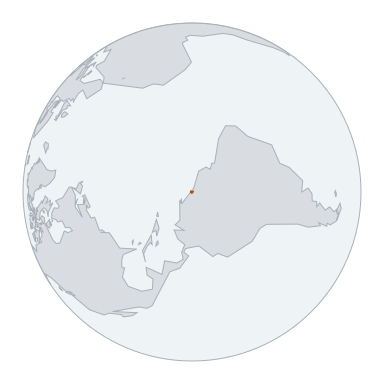 Essequibo Islands-West Demerara highlighted on a globe, orthographic projection, rotated 270°
{"feature_id": "GUY-678", "entity_name": "Essequibo Islands-West Demerara", "entity_type": "Region", "adm_level": 1, "iso_a3": "GUY", "parent_name": "Guyana", "parent_adm1": "", "projection": "orthographic", "projection_center": [-58.442, 6.542], "detail": "fine", "context": "on_globe", "style": "filled", "palette": "amber", "viewbox_px": 384, "rotation_deg": 270, "n_neighbors": 0, "source": "natural_earth", "source_scale": "10m", "svg_char_len": 8445}
<svg xmlns="http://www.w3.org/2000/svg" viewBox="0 0 384 384"><g transform="rotate(270 192 192)"><circle cx="192" cy="192" r="169" fill="#eef3f6" stroke="#a8b0b8"/><path d="M101.9,49.1L102.6,48.7L105.8,46.8L106.1,46.5L118.6,39.8L119.0,39.6L121.7,38.4L121.9,38.3L125.7,36.6L125.4,36.7L129.6,35.0L133.6,33.5L138.5,32.1L132.5,36.8L139.1,36.0L141.9,41.8L145.1,40.2L148.2,42.1L153.0,41.2L152.1,43.0L156.7,40.8L156.6,39.3L158.5,38.0L161.3,37.5L160.8,39.5L159.3,40.1L160.5,40.5L159.0,41.8L161.4,40.9L160.3,43.8L165.5,40.3L168.2,42.1L166.4,44.3L161.1,44.8L143.9,52.9L140.5,56.2L140.9,59.8L153.0,64.3L151.4,68.0L153.3,72.4L156.6,69.7L156.4,65.4L163.1,62.1L162.0,57.8L164.5,56.0L165.6,51.8L171.2,51.8L176.2,54.2L175.6,57.9L177.8,59.3L183.1,55.6L186.5,62.9L196.7,69.0L197.0,71.3L189.0,75.3L177.0,75.2L166.7,82.4L179.3,77.4L179.7,84.0L182.3,85.2L185.7,84.9L187.8,82.3L189.2,84.8L177.2,90.2L175.8,88.0L179.6,86.2L174.0,86.4L165.9,91.1L166.8,94.6L153.7,99.4L154.1,102.2L151.5,105.1L151.7,100.2L151.2,109.4L135.9,119.6L134.9,136.7L129.5,123.3L123.7,121.7L116.4,121.9L116.1,124.6L107.0,122.4L97.7,128.1L92.8,141.7L94.7,152.3L105.0,153.0L108.8,147.1L116.7,146.1L109.6,162.0L123.2,164.6L121.0,176.7L124.7,183.2L131.9,181.7L139.3,184.8L145.0,177.8L154.0,174.1L153.7,184.0L159.1,175.1L163.9,179.9L182.0,179.7L180.5,181.9L195.8,193.7L212.9,198.7L216.9,205.9L214.8,210.4L220.8,211.7L220.9,214.6L245.4,218.6L258.3,225.6L258.0,235.7L247.7,247.6L239.1,271.7L220.7,279.8L216.6,289.2L203.3,302.7L192.0,301.6L195.9,308.2L190.2,312.0L183.1,312.2L182.4,316.7L177.2,316.7L181.1,319.7L173.8,325.2L177.2,329.7L172.2,333.9L174.6,336.5L172.2,336.4L170.1,337.2L170.3,338.6L162.6,336.0L159.1,330.2L160.8,327.3L157.7,326.7L161.2,318.9L158.3,320.5L156.8,308.2L159.9,297.8L159.7,266.5L155.7,260.0L142.7,252.2L126.9,227.6L130.6,217.7L127.4,212.9L138.0,198.9L135.5,185.6L131.9,183.7L128.0,188.6L115.9,179.9L112.2,169.8L78.4,152.2L75.7,147.1L77.0,139.0L72.5,112.6L71.3,137.0L68.3,132.1L67.1,123.3L69.4,121.3L70.8,108.8L69.0,104.1L74.3,89.4L88.9,72.1L88.5,74.8L92.0,70.8L92.8,67.4L92.4,66.2L105.6,52.0L109.8,45.6L105.5,47.3L110.9,44.4L99.2,50.8L101.9,49.1ZM133.3,142.5L149.0,151.2L139.4,152.1L141.4,150.5L137.6,147.0L130.2,143.7L122.0,145.4L133.3,142.5ZM141.9,133.1L139.1,132.4L141.9,132.4L141.9,133.1ZM91.6,66.2L92.4,67.6L90.5,71.6L89.4,70.6L91.6,66.2ZM95.8,59.4L97.1,59.2L93.1,62.9L93.6,61.9L95.8,59.4ZM101.7,49.4L101.6,49.6L100.5,50.1L101.7,49.4ZM162.4,52.1L163.9,52.0L163.0,52.8L162.4,52.1ZM161.4,50.6L159.1,51.7L158.3,51.2L159.7,50.5L161.4,50.6ZM164.4,49.4L157.1,50.1L155.8,49.2L160.0,46.0L164.4,49.4ZM155.3,39.1L155.6,40.6L152.7,40.0L155.3,39.1ZM153.0,39.1L141.4,39.8L142.4,37.7L146.1,37.7L145.3,35.7L151.4,34.2L153.3,35.0L151.4,36.6L155.2,34.9L153.0,39.1ZM159.1,37.4L156.6,37.6L157.3,35.7L162.3,35.0L160.5,35.8L159.1,37.4ZM142.0,36.1L143.4,34.8L148.8,33.1L150.1,32.5L151.7,34.0L142.0,36.1ZM161.8,36.0L164.8,34.8L167.1,35.3L161.5,37.1L161.8,36.0ZM155.4,35.6L156.0,34.7L157.3,34.9L155.4,35.6ZM176.7,37.0L173.8,36.9L173.9,35.9L176.7,37.0ZM165.8,34.3L165.0,34.2L164.7,33.8L167.1,33.2L165.8,34.3ZM155.3,33.0L157.3,32.7L155.0,32.2L158.9,31.2L159.2,32.6L160.7,31.6L161.9,31.3L160.9,32.8L155.3,33.0ZM168.7,31.7L170.5,33.5L175.9,33.7L176.0,34.6L167.3,34.2L168.7,31.7ZM164.2,32.2L167.0,32.0L165.7,33.0L162.9,33.7L164.2,32.2ZM161.4,30.2L155.3,31.3L155.4,31.0L161.4,30.2ZM170.6,31.5L170.1,31.1L171.1,31.4L170.6,31.5ZM164.5,30.3L162.4,30.7L162.6,30.3L164.5,30.3ZM171.0,30.1L171.5,30.6L169.7,31.1L171.0,30.1ZM168.2,30.0L169.0,29.5L168.7,30.9L167.2,30.2L168.2,30.0ZM165.1,29.9L164.5,29.8L166.0,29.8L165.1,29.9ZM177.7,28.5L177.6,30.2L173.5,31.0L174.1,29.2L177.7,28.5ZM175.9,341.2L163.5,336.9L170.3,338.9L173.9,336.9L180.8,340.0L175.9,341.2ZM187.0,335.9L191.8,334.7L193.3,335.4L190.3,336.4L187.0,335.9ZM311.6,72.7L310.5,71.6L306.7,68.0L311.6,72.7ZM306.0,67.3L308.6,69.9L310.8,71.9L312.7,74.1L310.8,72.4L309.1,70.7L308.1,70.3L316.1,79.4L319.3,82.4L319.4,85.8L324.6,91.4L326.3,94.8L318.1,86.6L315.3,83.3L303.9,76.0L306.8,79.7L317.8,87.1L316.4,86.8L320.4,92.7L316.2,88.1L303.5,79.9L300.5,84.1L304.7,100.3L301.3,102.8L294.9,101.3L285.3,86.7L294.0,82.9L290.7,78.5L282.1,73.4L285.4,73.0L283.0,70.7L285.6,69.4L282.5,63.0L284.2,61.6L276.4,55.1L276.2,53.7L280.9,57.8L284.9,60.2L288.2,57.8L286.9,56.1L281.6,52.4L283.2,52.5L277.7,49.2L276.3,47.0L273.3,47.3L267.0,43.7L262.7,40.6L260.1,39.7L267.2,44.9L270.5,47.0L274.2,48.6L282.7,55.6L283.0,57.4L272.0,50.9L271.2,53.1L263.0,47.9L248.9,35.9L246.4,33.5L255.9,35.7L260.2,37.7L259.0,37.7L266.1,40.5L262.7,38.9L264.0,39.3L258.3,36.7L258.9,36.9L252.4,34.3L252.6,34.3L256.7,35.9L255.7,35.5L266.6,40.4L277.1,46.1L287.2,52.4L296.9,59.5L306.0,67.3ZM341.5,113.2L340.9,112.1L339.0,108.7L338.8,108.4L338.4,107.7L341.5,113.4L338.5,108.2L343.8,117.7L348.8,129.2L353.1,140.9L356.4,152.9L358.8,165.2L360.3,177.6L360.9,190.1L360.6,202.6L359.4,215.0L357.2,227.3L354.2,239.4L350.2,251.2L345.4,262.8L339.8,273.9L333.3,284.6L331.5,287.3L328.2,289.8L331.9,283.9L336.3,273.3L344.2,246.4L349.2,232.8L350.6,223.0L347.8,202.7L348.7,190.1L346.9,185.5L343.9,187.8L341.3,182.4L339.1,182.9L321.9,191.5L314.2,185.0L298.8,163.4L300.1,153.4L295.8,142.8L300.8,103.4L306.9,104.1L316.5,95.9L318.6,96.6L322.9,104.4L334.5,111.0L331.8,103.8L336.9,106.6L336.8,105.0L327.1,90.6L327.2,92.8L321.9,86.7L317.5,79.2L317.2,78.5L326.2,89.4L334.4,101.0L341.5,113.2ZM305.0,121.9L306.3,125.1L305.0,121.9ZM182.6,179.5L184.8,181.5L181.8,181.5L182.6,179.5ZM137.8,156.0L141.3,156.3L143.0,157.9L140.2,158.3L137.8,156.0ZM167.9,156.7L172.0,157.6L167.6,158.4L167.9,156.7ZM151.6,152.3L164.5,156.4L155.9,159.1L147.8,156.7L153.6,156.0L151.6,152.3ZM139.5,138.6L141.6,139.4L140.8,141.1L139.5,138.6ZM143.9,133.2L143.0,133.3L142.1,131.9L143.9,133.2ZM180.4,83.7L181.4,83.3L184.8,83.6L182.9,84.7L180.4,83.7ZM201.1,79.0L202.9,83.1L200.3,80.6L198.1,82.6L190.1,80.4L196.7,72.3L195.1,76.2L201.1,79.0ZM181.1,75.8L185.5,77.7L180.5,76.0L181.1,75.8ZM266.9,61.2L270.0,62.0L272.3,64.7L270.2,67.9L266.9,63.9L266.9,61.2ZM273.9,62.6L263.5,56.1L264.4,54.4L265.7,56.4L267.3,55.8L269.8,59.0L280.7,64.2L283.4,67.1L278.1,70.6L278.3,67.6L275.3,66.8L273.9,62.6ZM235.6,47.3L231.1,45.7L238.8,43.7L242.1,45.5L240.2,48.4L235.3,48.0L235.6,47.3ZM173.3,44.0L171.1,44.5L171.2,43.8L173.3,42.8L173.3,44.0ZM175.4,37.1L183.1,41.9L181.0,42.5L188.1,45.2L185.2,48.0L180.7,46.0L183.8,50.5L178.6,49.8L181.3,52.9L171.6,48.2L167.1,48.2L173.2,47.0L176.0,44.4L175.8,43.2L171.9,40.2L163.5,39.4L164.9,37.1L168.1,35.7L170.3,35.6L168.7,37.0L172.9,35.8L172.2,37.8L175.4,37.1ZM205.1,27.4L202.2,28.0L210.5,28.1L209.9,29.2L210.9,29.1L212.6,30.3L216.4,31.8L215.4,32.3L217.3,32.7L218.5,33.6L220.8,34.5L219.8,35.8L222.5,36.9L220.4,36.9L225.4,38.7L221.2,38.0L222.4,39.6L225.8,39.4L214.4,46.9L212.9,51.4L213.9,55.8L206.5,54.6L200.9,50.1L197.1,44.7L199.6,40.9L195.9,41.3L196.0,39.8L198.9,40.1L194.4,38.7L195.3,37.6L191.9,34.3L184.9,33.6L183.5,32.7L186.7,32.4L183.0,31.6L188.1,30.5L187.2,29.9L191.2,28.4L197.9,28.6L196.4,27.9L199.4,27.1L205.1,27.4ZM179.0,28.1L187.1,27.5L190.7,28.0L182.1,30.4L182.2,31.2L176.8,33.3L171.6,32.7L173.6,32.0L174.4,31.4L175.7,31.8L175.2,31.0L178.0,30.2L178.4,29.4L180.9,29.4L179.0,28.1ZM317.7,93.3L318.7,93.2L319.6,92.3L322.1,96.2L317.7,93.3ZM309.1,87.8L309.6,86.9L313.5,91.5L312.5,91.8L309.1,87.8ZM306.4,82.8L309.3,86.5L307.1,84.7L306.4,82.8ZM280.9,57.0L281.0,56.2L282.3,57.0L283.8,58.5L280.9,57.0ZM229.3,29.7L227.1,29.5L226.3,29.2L220.3,28.1L220.3,27.5L223.9,27.9L229.3,29.7ZM329.1,93.3L331.1,96.4L330.2,95.3L329.7,94.4L329.1,93.3ZM327.9,96.2L329.8,97.2L328.6,97.2L327.9,96.2ZM228.3,28.8L225.8,28.4L227.3,28.4L228.3,28.8ZM219.9,27.1L221.1,26.9L219.5,27.3L219.9,27.1ZM241.2,30.4L231.7,27.8L230.5,27.5L241.2,30.4ZM217.7,25.3L220.2,25.8L218.9,25.7L217.7,25.3Z" fill="#d9dde1" stroke="#a8b0b8" stroke-width="1"/><path d="M191.6,192.2L191.6,191.8L191.6,191.7L191.9,191.2L192.0,191.1L192.3,191.0L192.5,191.0L192.8,191.2L192.8,191.3L192.7,191.4L192.7,191.5L192.8,191.5L192.7,191.7L192.6,192.0L192.4,192.2L192.4,192.3L192.4,192.5L192.5,192.7L192.5,192.8L192.5,193.0L192.5,193.3L192.4,193.3L192.4,193.2L192.2,193.2L192.2,192.9L192.0,192.7L191.9,192.6L191.7,192.3L191.6,192.2L191.6,192.2ZM191.8,190.7L191.7,190.8L191.6,191.0L191.5,191.3L191.5,191.5L191.5,192.1L191.4,192.1L191.2,192.0L190.9,192.0L190.9,191.9L190.9,191.6L191.0,191.4L191.2,191.2L191.3,191.2L191.4,190.9L191.5,190.9L191.7,190.7L191.8,190.7ZM192.2,190.7L192.3,190.8L192.2,190.9L191.9,191.0L191.9,190.9L192.0,190.9L192.1,190.7L192.2,190.7Z" fill="#f59e0b" stroke="#b45309" stroke-width="1.5"/></g></svg>